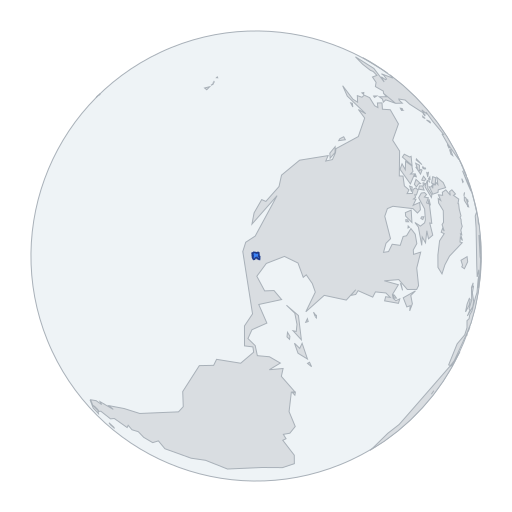 the Earth from above Guanajuato, rotated 65°
{"feature_id": "MEX-2728", "entity_name": "Guanajuato", "entity_type": "State", "adm_level": 1, "iso_a3": "MEX", "parent_name": "Mexico", "parent_adm1": "", "projection": "orthographic", "projection_center": [-100.934, 20.889], "detail": "fine", "context": "on_globe", "style": "filled", "palette": "blue", "viewbox_px": 512, "rotation_deg": 65, "n_neighbors": 0, "source": "natural_earth", "source_scale": "10m", "svg_char_len": 10692}
<svg xmlns="http://www.w3.org/2000/svg" viewBox="0 0 512 512"><g transform="rotate(65 256 256)"><circle cx="256" cy="256" r="225" fill="#eef3f6" stroke="#a8b0b8"/><path d="M43.4,328.9L44.0,330.5L43.4,328.9ZM342.2,298.8L337.1,297.2L332.6,304.4L314.5,296.0L307.0,283.6L246.4,266.1L239.2,259.5L237.6,248.3L210.2,211.4L225.4,246.2L216.1,239.5L207.3,227.0L210.7,224.0L202.8,205.8L193.5,198.7L187.6,176.0L195.5,148.2L199.4,152.7L200.9,146.0L196.0,140.3L192.5,138.2L191.0,112.8L176.9,99.2L166.5,101.3L173.5,96.4L149.7,105.7L138.3,105.5L154.9,101.9L159.5,98.9L153.5,96.4L156.9,92.9L156.0,89.9L160.5,86.1L169.9,85.0L173.0,82.8L168.6,81.3L170.5,77.1L176.4,79.4L180.2,72.5L196.5,71.1L208.8,83.2L221.6,81.5L244.0,92.3L245.7,89.0L255.2,91.9L260.7,89.4L263.3,92.7L265.4,87.9L262.0,85.4L261.8,82.6L264.6,81.1L268.5,84.8L267.6,86.2L270.2,86.5L270.9,89.2L272.2,87.0L276.5,92.2L276.6,85.0L283.6,87.5L285.3,91.5L279.4,93.7L268.8,110.9L268.6,116.9L274.4,122.5L297.2,126.8L299.4,132.8L306.6,138.9L308.0,134.0L302.9,127.6L307.3,120.8L300.5,114.4L301.3,111.0L296.6,104.0L303.5,102.5L312.7,105.0L317.0,110.9L321.1,112.5L322.1,105.1L334.8,115.4L351.6,121.2L354.2,124.5L350.3,133.0L337.7,136.6L332.7,150.2L342.2,139.1L348.6,148.7L352.3,149.6L355.6,148.1L355.6,143.8L359.1,146.9L351.0,158.4L347.7,155.7L350.3,151.8L344.4,153.9L339.0,162.9L342.6,167.6L330.6,178.1L333.0,181.9L331.8,186.7L328.7,179.8L334.1,192.8L320.5,210.8L327.6,234.4L313.8,217.5L304.8,216.6L294.3,218.4L295.3,222.2L280.1,220.9L268.4,230.4L267.1,249.8L274.7,263.8L291.3,262.9L294.9,254.3L306.3,251.2L301.1,274.0L321.4,274.5L321.1,290.8L327.4,298.2L336.9,294.6L346.9,296.9L353.0,286.4L363.3,279.2L364.7,292.0L369.4,279.0L375.8,283.9L395.5,278.2L394.3,281.5L411.0,291.8L427.1,292.5L430.9,300.2L429.2,306.6L434.3,306.0L434.3,309.6L452.7,305.5L460.4,309.0L459.0,321.4L450.2,340.0L437.0,371.9L419.8,388.1L411.8,400.3L392.2,420.0L382.3,422.6L381.5,428.5L372.9,434.4L365.5,436.9L361.1,441.8L355.4,443.4L357.0,445.3L343.4,453.1L342.1,456.7L331.1,462.2L330.5,463.9L327.9,464.4L324.1,465.8L322.3,467.0L316.4,466.6L319.6,462.0L325.4,458.7L322.1,458.9L334.7,450.2L329.5,452.5L338.5,440.0L349.6,427.9L364.5,392.1L361.8,385.6L347.9,379.7L331.4,353.7L337.2,340.6L333.0,335.4L346.7,315.2L342.2,298.8ZM82.0,231.6L83.0,226.4L84.5,230.4L82.0,231.6ZM82.3,222.8L82.2,224.7L82.0,223.0L82.3,222.8ZM81.3,221.3L82.0,222.4L81.0,221.7L81.3,221.3ZM79.6,220.0L80.6,220.5L80.4,220.7L79.6,220.0ZM327.9,242.7L351.1,250.3L339.4,254.0L341.4,251.4L335.2,247.7L324.2,245.0L313.5,249.2L327.9,242.7ZM77.7,216.5L77.3,215.4L78.3,215.4L77.7,216.5ZM335.1,227.9L331.2,227.6L334.8,226.9L335.1,227.9ZM190.4,138.1L195.6,140.6L198.7,147.5L194.0,145.6L190.4,138.1ZM185.0,126.1L188.4,125.9L186.4,132.3L185.1,130.4L185.0,126.1ZM158.3,104.1L161.9,105.3L157.2,105.5L158.3,104.1ZM155.0,90.2L152.9,91.1L153.4,89.2L155.0,90.2ZM293.1,105.4L294.8,104.8L294.8,106.4L293.1,105.4ZM289.5,103.2L288.3,105.6L286.4,104.9L287.2,103.5L289.5,103.2ZM160.7,81.8L162.0,78.9L162.3,81.6L160.7,81.8ZM291.5,100.5L283.1,103.5L279.8,102.3L280.0,96.0L291.5,100.5ZM163.8,77.0L166.8,70.5L162.4,71.7L176.6,65.0L169.3,72.4L170.4,75.5L167.1,75.1L163.8,77.0ZM259.6,85.3L263.4,87.9L257.6,87.2L259.6,85.3ZM255.9,85.6L238.3,88.8L234.2,84.7L240.9,84.2L233.4,80.4L240.1,76.7L245.7,78.0L247.0,81.3L248.6,77.5L255.9,85.6ZM183.9,62.7L186.1,61.2L185.6,62.6L183.9,62.7ZM261.2,81.4L258.0,82.2L254.2,78.6L259.9,76.3L259.3,78.2L261.2,81.4ZM228.2,81.5L226.4,78.6L231.3,74.8L231.2,73.3L239.9,76.3L228.2,81.5ZM261.6,78.3L262.9,75.4L267.3,75.8L264.1,80.4L261.6,78.3ZM250.8,78.7L249.3,77.0L252.0,77.2L250.8,78.7ZM283.8,76.5L280.0,77.1L277.7,75.2L283.8,76.5ZM263.1,74.3L261.5,74.2L260.2,73.6L261.9,71.9L263.1,74.3ZM242.7,73.6L245.1,72.7L239.4,72.1L242.8,69.5L248.0,72.2L247.2,70.0L248.3,69.2L251.3,72.3L242.7,73.6ZM259.7,68.6L267.4,71.7L274.8,70.7L277.1,72.3L264.7,73.6L259.7,68.6ZM254.5,70.5L258.2,69.6L259.1,71.8L257.2,73.7L254.5,70.5ZM243.3,67.0L236.7,70.2L235.8,69.6L243.3,67.0ZM261.6,67.8L259.7,67.1L262.1,67.5L261.6,67.8ZM248.7,66.6L246.5,67.8L245.6,67.0L248.7,66.6ZM257.7,65.0L260.2,65.9L259.0,67.1L257.7,65.0ZM253.5,65.4L252.7,64.1L257.0,67.0L252.6,66.0L253.5,65.4ZM248.2,65.7L246.9,65.6L249.2,65.4L248.2,65.7ZM261.1,60.0L266.9,63.5L264.1,66.1L258.8,62.3L261.1,60.0ZM324.9,467.8L316.2,467.2L321.7,467.3L329.1,464.5L332.3,465.4L324.9,467.8ZM345.0,459.7L351.4,457.1L351.9,457.3L347.6,459.2L345.0,459.7ZM408.3,90.0L407.5,89.4L415.6,98.0L434.6,120.5L437.5,126.1L436.1,127.4L420.6,110.8L415.7,100.2L410.2,95.1L403.8,92.1L402.9,89.4L399.7,87.2L397.1,83.5L386.3,74.7L382.6,71.2L371.3,64.7L367.9,62.3L375.5,66.6L378.9,68.1L368.8,61.0L364.8,58.8L358.3,55.4L356.4,54.3L351.4,52.1L342.1,47.9L349.2,51.5L341.7,48.7L332.4,45.0L331.2,45.1L346.4,51.2L351.3,53.2L353.6,53.7L368.1,61.1L373.1,64.4L362.6,59.9L368.5,64.4L357.8,59.9L323.2,44.5L312.4,40.4L309.2,37.3L315.7,38.9L320.1,40.6L322.5,40.8L319.2,39.9L317.6,39.3L310.1,37.4L308.6,37.0L303.9,36.2L301.2,35.5L304.2,36.0L290.8,33.5L283.3,32.4L281.0,32.1L280.6,32.2L274.1,31.4L290.5,33.4L306.8,36.5L322.8,40.8L338.4,46.3L353.6,53.0L368.3,60.7L382.3,69.5L395.7,79.2L408.3,90.0ZM270.6,31.2L272.6,31.4L271.7,31.5L266.4,31.5L263.5,31.2L265.0,31.1L264.0,30.9L270.6,31.2ZM262.5,30.8L263.4,31.0L261.1,31.3L259.4,30.9L259.9,31.0L257.8,31.1L253.0,31.0L254.4,31.4L235.5,34.9L224.4,35.8L225.0,34.6L208.7,38.9L197.4,41.1L199.8,41.0L193.6,44.0L197.0,43.3L197.7,43.5L183.3,52.6L177.7,54.9L174.1,60.2L175.4,60.4L179.3,58.8L176.6,65.0L162.4,71.7L160.4,70.9L152.9,76.2L149.4,73.8L143.0,74.8L143.4,70.1L138.3,71.8L136.0,73.9L127.3,78.3L117.5,81.7L135.8,69.9L152.5,66.3L146.6,66.6L151.0,64.1L150.8,62.9L146.3,63.8L143.9,65.3L152.6,56.8L148.5,58.0L163.7,50.5L179.4,44.2L195.5,39.0L212.0,35.1L228.7,32.4L245.6,31.0L262.5,30.8ZM145.8,59.5L140.9,62.4L133.8,66.8L131.7,68.1L145.8,59.5ZM480.3,234.8L479.6,231.9L472.4,211.5L469.2,197.5L463.9,185.4L438.1,127.3L438.0,124.8L429.0,111.7L439.3,125.1L448.6,139.2L456.9,154.0L463.9,169.3L469.9,185.2L474.6,201.4L478.1,218.0L480.3,234.8ZM453.2,151.7L455.4,155.5L453.2,151.7ZM396.0,277.8L398.6,279.6L395.5,280.6L396.0,277.8ZM338.5,259.7L343.1,259.2L345.7,260.8L342.4,262.1L338.5,259.7ZM374.9,252.4L379.8,252.4L375.1,254.7L374.9,252.4ZM354.6,251.1L371.1,252.9L361.9,259.0L351.3,258.0L358.2,255.4L354.6,251.1ZM334.5,235.9L337.5,236.4L337.1,239.0L334.5,235.9ZM337.7,227.4L336.7,227.8L334.9,226.1L337.7,227.4ZM349.1,148.0L349.8,147.2L353.5,146.5L352.5,148.6L349.1,148.0ZM365.4,134.5L370.7,139.9L366.2,137.2L365.9,140.8L356.1,140.2L355.0,126.2L357.2,132.4L365.4,134.5ZM342.7,136.3L349.1,137.7L342.2,136.7L342.7,136.3ZM384.6,80.6L386.1,80.3L390.6,83.5L395.2,89.7L388.8,85.0L384.6,80.6ZM387.2,79.2L375.5,74.0L372.1,70.5L376.0,73.2L375.0,71.4L380.9,75.5L389.1,77.9L393.6,81.0L399.7,89.8L395.3,84.9L394.0,85.3L387.2,79.2ZM351.6,72.7L346.5,72.0L345.8,65.0L350.7,66.6L355.6,72.5L352.8,74.1L351.6,72.7ZM293.5,89.4L291.6,90.7L290.5,89.5L291.3,87.4L293.5,89.4ZM282.2,76.9L300.7,82.9L299.5,84.6L311.8,87.0L313.3,92.4L305.3,90.5L315.7,96.8L309.0,97.3L316.4,101.3L298.4,96.6L292.8,97.8L298.4,94.3L297.2,89.2L295.0,87.3L284.6,83.3L272.0,84.0L268.8,79.6L269.8,76.4L272.4,75.5L273.7,78.5L276.1,75.2L279.9,79.0L282.2,76.9ZM284.1,49.0L284.5,51.4L290.1,48.2L293.9,50.8L294.3,50.3L299.4,52.0L306.3,53.3L307.2,54.7L309.5,54.7L312.9,56.0L316.3,56.6L319.1,59.4L323.6,60.5L322.4,61.3L329.3,62.4L325.4,62.9L329.5,65.2L331.1,63.5L337.9,80.7L343.8,88.5L350.8,95.0L343.2,95.9L331.9,90.7L319.8,83.2L315.3,76.0L312.7,78.1L309.8,75.3L313.0,74.9L306.2,74.1L304.7,71.8L294.0,67.1L285.1,68.1L281.0,66.6L283.7,65.1L277.6,64.8L279.9,61.2L277.0,60.2L276.3,56.0L283.2,54.2L279.4,53.3L278.8,50.5L284.1,49.0ZM261.2,58.8L268.5,55.3L274.2,55.3L273.0,62.8L275.3,64.2L274.7,69.6L266.5,69.8L267.4,68.1L266.4,66.6L269.4,67.2L266.2,65.6L267.4,63.4L265.2,61.8L268.2,61.0L261.2,58.8ZM417.4,98.9L416.8,98.2L416.3,97.7L417.4,98.9ZM414.1,95.5L413.2,94.6L410.5,92.0L412.6,94.0L414.1,95.5ZM373.6,65.2L371.4,63.6L372.6,64.1L375.5,65.9L373.6,65.2ZM301.4,42.5L300.7,43.3L299.2,43.0L293.7,43.7L290.4,42.2L292.4,41.2L301.4,42.5ZM296.9,40.9L295.0,41.3L294.5,40.4L296.9,40.9ZM287.7,41.2L286.5,40.1L289.4,42.1L287.7,41.2ZM266.1,32.8L277.4,33.0L283.4,33.1L283.3,32.7L288.2,33.8L279.1,33.6L266.1,32.8ZM239.6,34.4L239.7,35.5L236.5,35.5L236.0,35.3L239.6,34.4ZM241.9,34.7L248.1,35.3L246.1,36.3L241.6,35.6L241.9,34.7ZM272.8,36.8L276.4,36.8L276.7,37.5L272.8,36.8ZM43.4,330.3L44.9,334.1L44.2,332.7L43.4,330.3ZM44.0,330.6L43.1,329.0L43.4,328.9L44.0,330.6ZM127.8,70.7L136.5,65.2L138.4,64.1L121.4,75.4L123.9,73.5L123.2,74.0L127.8,70.7ZM184.1,61.2L185.9,61.2L183.4,62.2L184.1,61.2ZM199.7,43.1L200.2,43.7L197.3,44.5L199.7,43.1ZM199.9,45.9L202.9,44.5L201.0,46.1L199.9,45.9ZM209.4,41.6L204.7,44.0L207.4,41.6L209.4,41.6Z" fill="#d9dde1" stroke="#a8b0b8" stroke-width="1"/><path d="M260.2,253.9L260.2,254.0L260.2,254.3L260.2,254.5L260.3,254.5L260.5,254.5L260.4,254.7L260.3,254.8L260.2,254.8L259.9,254.9L259.7,254.8L259.4,254.8L259.2,254.9L259.2,255.1L259.1,255.4L259.1,255.5L259.1,255.8L258.9,255.9L258.9,256.0L258.7,256.0L258.7,255.9L258.4,255.9L258.2,256.0L258.0,255.9L257.9,255.9L257.9,255.7L257.7,255.7L257.7,255.8L257.6,256.0L257.5,256.3L257.4,256.4L257.4,256.6L257.4,256.9L257.5,257.1L257.6,257.3L257.6,257.5L257.7,257.8L257.8,258.0L258.0,258.2L258.0,258.3L258.1,258.5L258.3,258.6L258.3,258.8L258.2,258.9L258.2,259.0L258.0,259.3L258.1,259.5L257.9,259.6L257.7,259.7L257.6,259.8L257.4,259.8L257.4,259.7L257.2,259.7L256.9,259.7L256.7,259.8L256.5,259.7L256.4,259.6L256.2,259.7L256.1,259.8L255.9,259.8L255.8,259.7L255.7,259.7L255.7,259.4L255.8,259.4L255.8,259.2L255.7,259.1L255.4,259.1L255.2,259.1L255.1,259.3L254.9,259.4L254.7,259.3L254.4,259.3L254.2,259.3L254.2,259.2L254.2,258.9L254.2,258.7L254.3,258.5L254.4,258.4L254.2,258.3L254.0,258.2L253.9,258.2L253.7,258.2L253.5,258.3L253.4,258.5L253.2,258.7L252.9,258.7L252.7,258.7L252.4,258.7L252.3,258.1L252.2,258.0L252.1,257.9L251.7,258.0L251.7,257.9L251.8,257.8L251.8,257.6L252.1,257.4L252.2,257.2L252.1,256.9L251.9,256.7L251.7,256.5L251.8,256.4L251.9,256.1L252.0,256.0L252.0,255.9L252.2,255.6L252.3,255.5L252.4,255.3L252.5,255.2L252.7,254.9L252.8,254.9L252.9,254.7L253.0,254.6L253.3,254.6L253.5,254.4L253.7,254.2L253.7,253.9L253.5,253.7L253.4,253.5L253.4,253.4L253.5,253.3L253.7,253.2L253.8,253.1L253.8,252.9L253.7,252.8L253.6,252.7L253.7,252.4L253.8,252.3L254.0,252.3L254.4,252.2L254.5,252.1L254.7,252.3L254.7,252.5L254.8,252.5L255.0,252.6L255.3,252.5L255.5,252.5L255.8,252.6L256.0,252.7L256.1,252.8L256.3,253.0L256.5,253.1L256.8,253.4L257.0,253.5L257.4,253.6L257.5,253.6L257.6,253.4L257.7,253.2L257.8,253.0L257.8,252.9L258.0,252.9L258.0,253.0L258.3,253.1L258.5,253.2L258.9,253.3L259.0,253.3L259.3,253.5L259.6,253.7L259.7,253.8L259.9,253.8L260.0,253.8L260.2,253.9Z" fill="#3b82f6" stroke="#1e3a8a" stroke-width="1.5"/></g></svg>